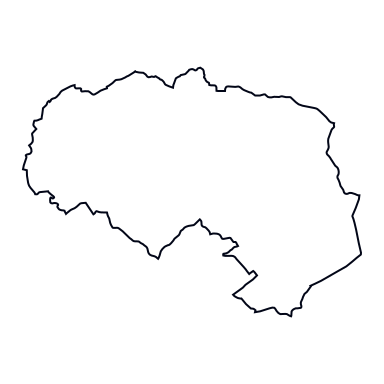 Da Lat, Lâm Đồng, Vietnam (Albers equal-area conic projection)
{"feature_id": "81297802B86448730167777", "entity_name": "Da Lat", "entity_type": "district", "adm_level": 2, "iso_a3": "VNM", "parent_name": "Vietnam", "parent_adm1": "Lâm Đồng", "projection": "albers", "projection_center": [108.448, 11.908], "detail": "fine", "context": "isolated", "style": "outline", "palette": "ink", "viewbox_px": 384, "rotation_deg": 0, "n_neighbors": 0, "source": "geoboundaries", "source_scale": "gbopen_adm2", "svg_char_len": 5823}
<svg xmlns="http://www.w3.org/2000/svg" viewBox="0 0 384 384"><path d="M334.1,123.2L331.2,122.5L329.4,121.2L326.2,117.2L319.7,111.0L317.3,109.0L315.9,108.4L313.7,107.9L302.5,105.7L298.6,104.3L295.8,102.2L290.7,97.4L289.9,97.1L285.8,97.1L281.9,96.3L280.6,96.5L279.1,97.0L274.2,96.8L271.2,97.4L269.3,97.3L268.5,97.1L267.8,96.9L265.0,94.4L263.9,94.4L260.0,95.5L255.1,95.5L251.9,93.1L251.1,92.6L250.1,92.5L248.4,91.9L244.1,90.1L242.4,89.1L240.4,87.4L239.0,86.7L238.2,86.5L235.3,86.9L228.2,86.4L226.9,86.6L226.2,87.0L225.6,88.0L225.2,88.9L225.0,91.0L218.0,91.0L216.5,90.8L216.4,87.3L216.0,86.4L215.4,85.7L214.6,85.4L210.9,85.3L209.3,85.0L209.0,83.0L208.8,82.7L207.1,81.9L206.0,80.7L205.5,79.8L205.1,78.5L204.4,78.0L204.0,77.3L204.0,76.9L204.4,76.1L204.5,74.9L204.0,74.0L203.7,71.1L203.1,69.7L202.6,69.2L201.6,68.6L200.3,67.7L198.1,68.3L197.6,68.7L196.7,69.9L195.7,70.4L194.9,70.3L193.6,69.5L192.5,69.1L191.2,69.2L189.2,69.8L188.7,70.6L185.5,73.9L184.8,74.2L180.7,75.1L179.8,76.3L178.6,76.7L176.3,78.0L175.8,78.5L174.1,83.2L173.4,85.0L173.0,87.7L169.3,86.4L165.9,84.9L165.1,84.3L163.6,81.7L162.1,80.2L161.4,79.7L160.6,79.6L160.0,79.3L159.6,79.0L159.4,78.5L157.2,77.3L156.0,76.4L155.3,76.2L154.8,76.7L154.2,76.9L153.6,76.9L151.7,76.5L149.8,77.1L148.4,77.2L147.3,76.6L145.7,74.5L143.3,72.8L139.1,72.5L135.7,71.8L135.2,71.3L134.5,71.8L134.2,72.2L128.4,75.8L126.7,76.5L125.3,77.4L121.4,79.2L119.6,79.6L116.7,79.9L116.0,80.0L115.2,80.5L112.5,83.1L108.7,85.8L106.8,86.7L107.0,88.3L104.2,89.2L100.5,90.7L97.7,92.6L94.8,94.3L93.8,94.6L93.0,94.5L92.3,94.2L90.7,92.9L89.9,92.2L88.4,91.3L85.1,91.2L81.9,91.5L81.1,90.8L81.1,88.9L80.7,88.5L80.2,88.3L76.5,88.4L75.8,88.3L75.2,87.8L74.8,87.1L74.6,86.3L74.6,85.1L72.9,85.5L70.4,86.4L62.2,90.6L61.0,91.6L60.3,92.4L59.4,93.9L56.7,96.8L55.2,97.9L52.6,98.7L51.7,99.2L51.1,99.7L50.9,100.1L50.8,100.6L50.5,101.0L49.7,101.9L48.9,101.0L48.0,101.7L47.4,102.4L46.7,104.5L46.1,105.3L43.0,108.2L42.8,110.0L42.3,113.9L41.8,116.7L41.6,118.7L39.4,119.5L37.8,120.2L36.4,120.6L34.4,120.7L34.0,121.6L33.4,124.3L33.4,125.1L33.8,126.0L36.3,129.0L32.3,133.3L32.1,133.7L32.1,134.5L32.7,137.5L32.8,139.2L32.8,140.7L32.6,141.8L31.3,143.6L29.1,145.4L30.8,147.9L31.2,148.8L31.4,150.0L31.5,151.6L30.8,152.9L30.4,153.4L29.5,153.9L26.9,154.5L26.1,155.0L25.8,155.3L25.9,155.9L26.4,156.7L26.4,157.6L23.8,165.4L23.0,169.3L26.8,170.2L27.0,175.8L28.1,182.7L28.5,184.1L29.1,185.7L30.5,187.8L34.4,192.4L34.8,193.1L35.2,194.2L36.8,194.3L37.2,194.2L38.1,193.5L38.6,192.8L39.3,192.3L40.1,192.1L48.1,191.3L48.3,191.9L48.9,192.5L50.4,193.9L53.5,196.4L54.0,197.0L54.1,197.4L53.8,197.9L53.1,198.4L52.5,198.4L51.1,197.6L50.6,197.6L50.4,197.9L50.2,198.6L50.1,200.3L50.3,202.3L50.7,202.8L51.3,203.2L52.5,203.4L54.1,203.0L55.6,203.1L56.5,203.3L57.3,203.7L57.9,204.2L58.1,204.9L58.0,205.2L57.4,206.3L57.5,207.2L58.8,209.0L59.4,209.5L60.3,209.9L61.8,210.3L63.0,210.3L64.5,210.7L64.8,211.6L66.0,213.9L66.8,213.1L70.4,210.2L71.4,209.6L74.6,208.2L76.6,206.8L80.1,203.6L81.4,203.2L85.7,202.8L93.4,214.3L94.2,213.8L94.9,213.1L95.5,212.0L96.1,211.4L96.6,211.2L99.3,212.1L101.3,212.4L107.0,212.5L107.5,214.8L108.1,216.4L109.2,218.5L110.2,222.9L111.0,224.9L112.5,227.5L113.0,227.8L113.9,227.9L117.1,227.8L117.9,227.9L118.9,228.4L122.7,231.3L129.7,238.1L131.4,239.3L132.7,240.5L133.7,241.1L134.9,241.3L138.2,241.4L139.1,241.7L140.7,243.0L143.0,244.2L144.0,245.1L146.3,246.8L146.9,247.6L147.4,248.6L148.2,252.1L148.6,253.1L149.4,254.2L150.1,254.8L151.5,255.5L154.6,256.3L156.0,257.0L158.1,258.8L158.7,257.8L159.6,255.5L160.8,251.3L162.4,249.0L164.5,246.9L165.5,246.3L167.9,245.2L168.7,245.1L169.6,244.6L171.1,243.2L173.3,240.6L174.5,238.7L178.8,235.2L179.4,234.3L180.7,231.1L181.6,230.3L182.6,229.7L184.5,227.6L186.4,226.6L188.6,225.9L193.7,225.1L194.9,224.2L199.8,219.4L200.8,220.5L201.2,221.1L201.4,221.8L201.6,224.9L202.2,226.0L203.2,226.7L205.3,227.3L206.4,228.2L208.8,230.8L209.7,232.2L210.2,234.3L213.1,233.5L216.0,233.6L217.4,233.8L218.6,234.2L219.5,234.7L220.2,235.4L220.9,236.4L221.4,237.6L222.3,238.8L223.7,238.9L229.5,237.8L230.5,238.0L233.1,241.6L233.5,242.0L235.5,242.0L235.9,242.3L236.3,242.9L236.8,244.0L238.0,246.0L237.0,246.5L234.5,247.0L234.0,247.3L233.0,248.2L232.1,249.3L230.3,250.4L228.5,252.2L227.7,252.6L226.4,253.3L223.5,253.8L223.2,254.2L223.3,255.5L225.3,255.9L228.6,255.9L231.1,255.8L233.0,256.0L233.9,256.4L235.1,257.2L236.7,259.3L243.8,267.1L245.9,269.6L246.7,270.8L249.2,274.0L250.2,273.1L253.2,271.0L254.3,271.9L257.0,275.4L252.9,279.5L245.5,284.8L242.9,287.6L233.1,294.7L234.4,296.1L236.6,297.4L238.1,298.1L240.8,298.6L241.4,298.5L246.1,304.2L250.9,308.5L252.3,308.6L253.5,308.8L254.6,309.5L255.5,310.3L255.0,312.2L260.2,311.3L269.6,308.3L272.4,307.6L274.3,307.8L275.2,308.7L276.6,311.0L278.4,313.0L280.3,314.1L285.3,313.9L286.9,314.1L289.7,315.8L291.1,316.3L291.3,315.8L291.6,311.4L292.2,310.5L292.9,309.8L293.9,309.1L295.8,308.3L297.7,308.3L300.5,307.9L301.0,307.7L301.3,307.2L301.4,306.1L300.9,304.4L300.8,302.8L301.1,301.7L302.4,298.9L303.0,297.0L304.5,293.9L306.9,291.9L310.9,286.3L310.5,285.8L315.1,283.7L321.1,280.8L338.0,271.1L346.3,266.4L352.4,261.5L356.6,257.9L360.8,254.6L360.9,254.2L361.0,252.7L358.8,243.2L356.1,229.6L354.5,222.8L353.4,218.9L352.4,216.3L352.5,215.5L355.8,207.8L358.9,199.3L359.4,195.3L358.2,195.3L356.9,194.9L355.2,194.1L351.7,193.0L349.9,192.9L348.8,193.2L347.8,193.7L346.8,193.9L346.0,193.8L345.2,193.6L344.1,192.6L343.2,189.8L340.5,185.9L339.6,182.6L338.5,179.8L337.5,177.9L337.4,176.8L337.6,175.8L338.4,174.5L338.7,173.1L338.7,171.5L338.4,169.8L337.8,168.2L336.9,167.1L335.2,165.7L330.8,158.9L330.2,157.8L328.8,156.0L327.6,154.9L326.9,153.9L326.7,153.1L326.6,152.5L326.8,151.7L328.0,149.5L328.6,147.9L328.7,146.6L328.2,142.6L328.1,140.8L328.3,138.8L331.5,130.0L332.3,128.8L333.8,127.4L334.1,126.9L334.1,126.4L333.8,124.3L334.1,123.2Z" fill="none" stroke="#020617" stroke-width="2"/></svg>